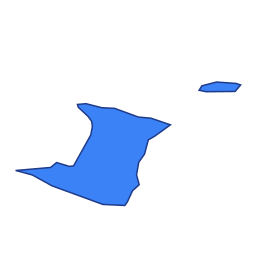 map outline of Trinidad and Tobago (Mercator projection), rotated 22°
{"feature_id": "TTO", "entity_name": "Trinidad and Tobago", "entity_type": "country or territory", "adm_level": 0, "iso_a3": "TTO", "parent_name": "North America", "parent_adm1": "", "projection": "mercator", "projection_center": [-61.19, 10.695], "detail": "fine", "context": "isolated", "style": "filled", "palette": "blue", "viewbox_px": 256, "rotation_deg": 22, "n_neighbors": 0, "source": "natural_earth", "source_scale": "50m", "svg_char_len": 604}
<svg xmlns="http://www.w3.org/2000/svg" viewBox="0 0 256 256"><g transform="rotate(22 128 128)"><path d="M154.1,201.0L133.3,208.3L79.3,210.1L56.9,207.4L39.7,209.5L71.0,193.6L74.7,186.8L87.9,185.6L91.7,183.6L96.1,148.4L94.4,140.0L91.8,135.4L86.4,132.1L74.3,127.5L72.3,125.1L79.9,121.2L96.1,119.0L108.3,114.8L133.4,114.0L145.6,110.3L166.1,109.2L156.0,125.3L151.3,131.4L153.1,145.9L150.8,155.8L153.5,168.3L159.6,176.4L155.7,184.5L155.1,196.7L154.1,201.0ZM186.8,65.1L179.8,66.4L180.7,61.2L192.9,52.2L211.5,46.2L216.3,45.9L213.6,54.0L186.8,65.1Z" fill="#3b82f6" stroke="#1e3a8a" stroke-width="1.5"/></g></svg>